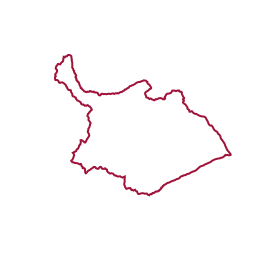 Cubará, Boyacá, Colombia (orthographic projection), rotated 41°
{"feature_id": "7082276B20538039058858", "entity_name": "Cubará", "entity_type": "district", "adm_level": 2, "iso_a3": "COL", "parent_name": "Colombia", "parent_adm1": "Boyacá", "projection": "orthographic", "projection_center": [-72.252, 6.875], "detail": "fine", "context": "isolated", "style": "outline", "palette": "rose", "viewbox_px": 256, "rotation_deg": 41, "n_neighbors": 0, "source": "geoboundaries", "source_scale": "gbopen_adm2", "svg_char_len": 5832}
<svg xmlns="http://www.w3.org/2000/svg" viewBox="0 0 256 256"><g transform="rotate(41 128 128)"><path d="M189.5,71.3L188.5,72.1L188.0,72.3L186.4,72.1L183.7,70.7L179.5,69.2L178.8,69.2L177.6,69.7L176.3,70.7L174.1,71.8L170.3,72.6L168.7,73.6L167.3,73.7L165.3,73.4L164.8,73.8L164.2,75.1L163.6,75.3L162.2,74.3L160.3,74.5L159.2,73.4L158.5,73.2L155.8,72.6L154.3,72.8L153.0,72.8L152.4,72.2L152.5,71.1L152.2,70.6L151.7,70.4L151.0,70.5L150.6,70.3L150.9,68.9L150.7,68.5L149.4,68.3L146.4,67.0L145.0,65.7L144.4,65.8L143.4,66.6L142.9,66.7L142.4,66.6L142.1,66.2L141.9,66.2L140.9,67.1L140.2,68.4L139.7,68.9L138.2,69.4L137.8,70.1L137.0,70.6L137.0,71.3L137.3,72.6L137.3,73.5L136.1,75.5L135.3,76.2L134.9,76.9L134.9,77.7L135.3,79.3L135.4,80.8L135.6,81.0L136.1,80.9L136.5,81.1L136.7,81.9L136.6,82.6L135.2,83.5L133.8,83.5L132.5,84.5L131.6,85.6L131.3,86.7L130.7,87.7L129.9,88.2L129.9,89.6L129.7,89.8L127.3,90.7L126.0,90.7L125.6,91.1L125.2,92.1L123.3,92.0L122.3,92.7L121.6,92.8L120.2,91.7L119.1,91.4L117.9,90.4L118.0,88.4L118.5,87.3L118.8,85.5L118.7,84.7L119.4,83.3L119.3,82.7L118.9,82.3L116.0,81.4L113.6,81.5L112.8,81.1L112.4,80.5L111.8,80.7L110.6,80.5L108.6,81.7L107.9,83.4L107.3,84.1L107.1,85.0L105.5,86.8L104.7,88.4L104.4,90.2L103.7,92.1L102.9,93.5L102.7,94.2L102.0,95.1L101.9,95.7L102.1,97.2L101.6,97.8L101.1,100.3L100.5,100.8L100.5,102.4L100.0,103.1L99.9,104.3L99.6,104.9L99.2,105.5L98.7,105.9L98.0,108.3L97.1,108.7L96.8,109.3L96.1,109.6L95.2,111.4L94.4,111.5L93.6,112.1L92.3,114.1L91.5,114.3L90.4,115.4L89.7,116.6L88.3,117.4L87.3,118.5L86.5,118.8L85.7,119.4L85.5,119.8L85.7,120.9L85.4,121.9L84.3,122.3L83.8,122.0L83.2,122.0L82.5,121.5L81.9,121.5L81.2,121.7L80.2,122.6L79.5,122.8L78.9,123.3L78.4,123.0L77.8,123.4L77.5,124.1L76.5,124.6L76.0,124.5L75.6,124.7L75.3,125.3L74.9,125.3L74.9,125.9L74.7,126.4L73.4,127.3L73.4,127.9L73.2,128.1L72.4,128.6L71.2,128.8L70.8,129.1L68.8,128.7L67.9,128.9L66.9,128.4L66.2,128.9L65.4,128.3L62.8,127.1L61.5,126.2L61.2,126.2L60.5,125.8L59.7,126.1L59.2,125.7L58.3,125.9L57.8,125.4L57.2,125.4L56.8,124.7L55.8,124.2L55.0,124.1L54.6,122.5L54.3,122.2L53.3,122.2L52.4,121.5L51.8,121.6L50.3,121.0L49.9,120.2L48.6,120.1L47.6,119.2L47.0,119.2L46.1,118.9L45.6,118.1L43.0,115.2L41.1,113.9L40.8,113.2L40.2,112.9L38.1,111.0L37.3,110.9L36.4,111.1L35.1,112.0L34.8,112.5L34.7,113.0L34.9,113.9L33.7,115.2L33.7,115.6L34.0,116.1L33.8,116.4L32.9,116.6L33.3,117.1L33.6,118.0L34.7,119.4L35.2,120.7L34.8,122.2L35.1,124.4L33.1,125.7L33.4,127.0L33.3,128.0L33.7,129.4L34.5,130.6L36.3,130.8L37.1,131.4L37.5,132.2L37.9,134.4L37.8,135.2L38.3,135.8L39.6,136.4L39.6,137.6L41.2,139.2L41.8,139.4L42.2,138.9L43.4,138.2L43.9,138.1L44.6,138.1L45.9,138.9L46.7,138.8L47.3,138.3L47.4,137.8L48.0,137.1L48.5,136.7L49.1,136.5L50.4,136.3L52.8,136.4L54.2,137.2L55.3,137.2L56.2,137.9L57.9,138.3L58.5,138.2L59.4,137.4L60.2,137.1L61.4,138.2L63.5,138.8L64.9,140.1L65.7,140.2L66.5,139.7L67.9,139.6L68.6,139.3L69.5,140.1L70.7,140.2L71.6,140.5L72.6,140.1L74.9,139.7L75.8,139.8L76.3,140.3L77.1,140.5L78.1,140.3L79.0,139.5L80.6,139.6L80.9,139.0L81.9,138.7L82.5,137.2L84.2,137.2L85.1,136.8L86.0,137.1L87.3,137.2L88.6,137.9L88.8,138.4L88.5,139.0L88.6,140.2L88.4,140.8L88.7,141.4L88.5,142.0L88.8,143.1L88.5,143.7L89.5,145.6L91.1,145.8L92.2,146.6L92.3,147.1L92.9,147.9L96.3,148.6L96.7,149.0L96.9,150.1L98.0,151.9L98.4,153.0L98.6,154.7L99.6,155.8L99.8,156.9L100.8,157.6L102.4,158.1L103.8,159.2L104.1,160.6L104.4,163.5L105.2,166.2L105.2,167.1L104.5,167.5L103.7,167.3L101.9,167.4L100.5,167.9L100.2,168.3L101.9,169.9L102.7,171.3L102.8,171.7L102.5,172.2L102.8,172.6L102.8,173.7L103.4,174.7L103.7,175.8L103.8,176.8L103.5,177.2L103.4,177.9L104.0,179.4L103.8,180.1L103.5,180.3L103.4,181.3L102.9,181.9L103.0,182.4L102.7,182.9L104.4,183.3L105.4,184.1L105.7,185.3L106.5,186.8L106.8,188.3L106.6,189.9L106.8,190.1L107.8,190.3L108.8,190.2L109.3,189.7L110.8,189.3L113.3,187.6L115.3,187.2L115.9,186.2L116.3,186.0L116.8,186.2L117.3,186.8L118.3,187.3L119.4,187.2L120.2,188.0L120.5,187.9L121.4,187.0L122.7,187.3L123.7,188.6L125.5,189.9L125.9,189.9L126.1,189.2L126.0,186.3L126.8,184.6L126.9,183.4L127.6,181.0L127.7,179.8L128.3,179.3L129.1,179.0L130.2,179.4L131.0,179.0L131.9,178.8L132.4,178.0L132.3,177.0L132.4,175.9L132.8,175.3L133.4,175.1L134.8,175.7L135.5,175.5L136.6,174.7L137.0,173.6L137.3,173.4L138.0,173.7L139.4,173.2L140.2,174.1L141.7,174.5L144.3,174.2L145.3,172.9L146.6,172.3L147.5,172.3L148.2,172.6L149.6,172.4L150.1,171.7L151.3,171.6L152.3,171.2L153.6,169.7L155.2,169.4L156.6,168.8L157.4,166.7L158.0,167.3L159.2,169.2L160.8,170.7L161.5,172.2L162.3,173.2L163.6,173.8L164.2,174.3L166.7,175.0L168.1,172.7L169.0,172.3L169.3,171.8L171.2,172.5L171.3,172.1L171.6,171.9L173.2,171.6L173.8,170.0L174.4,170.2L175.8,170.3L176.3,170.0L178.3,170.9L179.2,171.0L179.9,170.3L181.0,168.4L182.2,167.3L183.6,166.7L185.0,165.3L185.4,165.1L186.5,165.4L188.2,164.8L188.1,163.7L188.6,162.7L189.3,162.5L189.3,162.2L189.1,161.8L189.2,160.9L189.4,160.6L189.9,160.4L190.2,160.0L190.4,159.5L190.3,158.7L190.5,158.0L190.9,157.5L191.4,157.2L191.5,156.5L192.2,156.2L192.6,155.4L192.3,154.0L192.9,153.1L192.6,152.5L192.7,151.8L192.2,151.1L192.8,150.2L192.3,149.0L192.7,148.4L192.5,147.5L193.3,145.8L193.7,143.8L194.7,142.4L196.1,139.0L197.6,136.7L198.1,134.9L199.4,133.0L199.7,131.8L199.6,130.4L200.1,129.1L200.6,128.5L201.3,126.8L202.3,125.9L202.8,123.9L204.0,122.5L204.5,120.6L205.8,117.9L206.7,116.4L207.1,115.2L207.7,110.1L208.0,109.3L209.7,106.4L209.7,105.6L210.9,103.4L211.1,102.6L212.5,99.9L213.2,96.9L214.2,94.7L215.5,92.6L217.3,90.5L217.5,89.6L218.3,88.9L218.6,88.4L219.0,86.5L219.4,85.8L219.4,85.5L219.1,84.8L219.2,84.3L220.2,83.7L220.8,83.0L221.9,82.6L222.7,81.7L223.1,80.9L222.5,80.4L217.3,79.5L213.1,77.6L211.6,76.7L210.0,76.1L204.4,74.8L203.6,73.9L202.2,73.3L201.1,73.1L199.6,73.3L198.3,72.5L197.3,72.5L195.4,72.9L193.4,72.6L191.5,71.7L189.5,71.3Z" fill="none" stroke="#9f1239" stroke-width="2"/></g></svg>